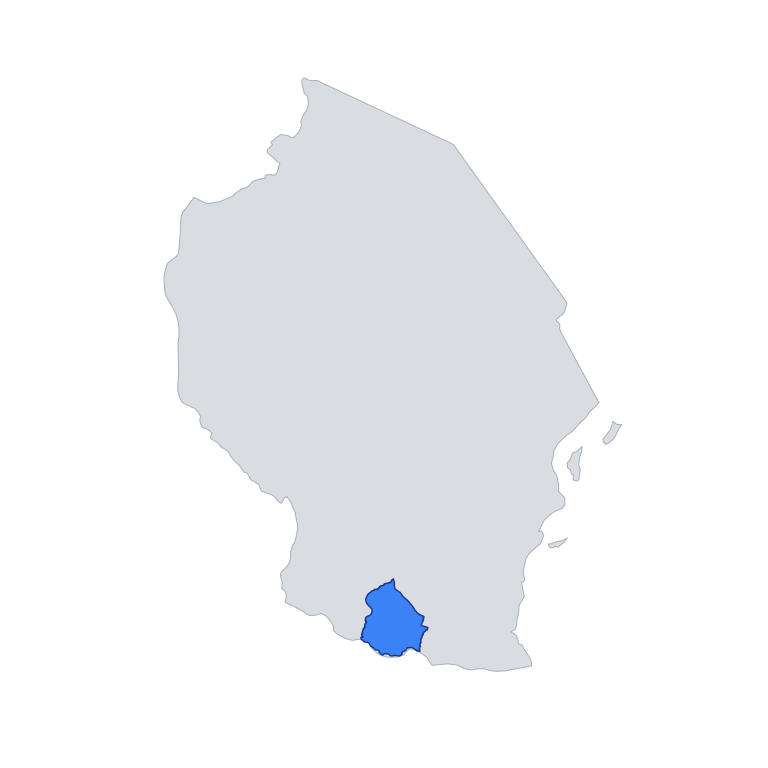 Tunduru, Ruvuma, United Republic of Tanzania (highlighted), rotated 26°
{"feature_id": "72390352B58168894275482", "entity_name": "Tunduru", "entity_type": "district", "adm_level": 2, "iso_a3": "TZA", "parent_name": "United Republic of Tanzania", "parent_adm1": "Ruvuma", "projection": "albers", "projection_center": [37.262, -10.895], "detail": "fine", "context": "in_parent", "style": "filled", "palette": "blue", "viewbox_px": 768, "rotation_deg": 26, "n_neighbors": 0, "source": "geoboundaries", "source_scale": "gbopen_adm2", "svg_char_len": 9319}
<svg xmlns="http://www.w3.org/2000/svg" viewBox="0 0 768 768"><g transform="rotate(26 384 384)"><path d="M297.1,524.6L289.6,520.7L282.8,518.5L277.2,515.9L274.7,513.3L269.5,512.4L265.0,512.1L260.8,509.7L252.3,509.0L251.3,507.4L251.1,503.8L249.6,502.9L246.5,502.1L243.1,502.2L241.1,502.7L239.9,502.5L237.1,500.5L234.5,497.8L233.4,493.6L229.4,490.9L224.9,488.9L212.4,489.3L210.4,488.7L207.4,486.6L203.8,483.1L200.9,479.1L198.4,473.7L195.6,466.3L180.6,436.9L179.0,431.4L176.1,425.2L171.3,417.7L166.2,412.1L159.5,407.1L151.9,402.2L147.7,398.9L139.6,385.1L137.8,378.6L136.5,371.9L136.9,369.2L141.5,360.3L141.9,357.9L141.3,354.6L138.7,347.7L135.4,339.4L128.9,324.2L127.9,320.4L127.9,317.5L131.1,301.8L131.0,299.6L145.6,299.6L156.1,292.5L165.1,282.1L166.8,277.8L170.5,271.2L174.1,267.9L175.5,265.6L177.4,259.1L182.2,254.6L186.9,251.1L185.8,248.7L186.5,247.8L189.1,246.0L194.1,244.3L195.0,240.9L194.9,237.1L194.0,234.9L194.1,232.5L193.3,231.1L190.0,230.8L185.1,229.0L180.9,228.3L178.1,227.2L177.1,226.4L176.6,224.1L178.8,218.1L176.4,215.8L181.3,205.8L182.2,204.6L184.1,204.4L187.0,203.3L189.7,202.8L191.9,203.1L193.5,202.7L195.0,201.5L196.1,198.2L197.0,192.6L196.4,188.0L194.2,184.6L193.5,179.3L194.3,172.1L193.5,166.2L191.0,161.5L188.5,158.7L184.8,157.5L178.9,150.3L177.0,146.9L177.3,144.7L179.3,143.7L183.0,143.9L186.4,143.0L189.6,141.0L192.7,140.3L194.4,140.6L341.2,138.3L512.6,230.6L513.3,231.8L514.6,239.8L514.3,242.6L511.7,247.2L510.9,249.6L510.9,251.3L511.5,252.0L513.8,252.2L515.7,253.3L516.4,254.2L517.8,257.7L519.7,259.4L584.0,305.7L585.5,306.4L584.5,310.2L580.8,319.6L580.6,323.5L579.2,328.1L577.8,331.1L574.0,344.2L570.9,349.2L566.6,360.7L565.9,369.6L568.2,375.8L569.0,381.6L573.9,387.3L577.8,389.4L580.5,392.0L585.2,398.0L587.9,404.0L596.3,407.0L599.7,413.7L598.4,418.3L594.4,422.1L590.7,428.2L587.7,436.3L587.5,448.8L589.6,446.9L594.0,450.0L594.5,459.1L589.8,469.8L588.4,474.7L588.1,479.0L591.4,491.8L596.4,498.4L596.0,500.4L594.7,502.1L603.3,513.7L602.5,523.7L605.6,531.5L607.0,538.3L609.1,543.5L609.5,547.0L606.8,551.0L613.1,552.0L616.7,555.3L618.5,558.4L623.0,558.3L625.5,560.5L629.0,562.3L636.8,567.5L638.9,570.2L640.1,572.7L618.4,588.9L610.6,593.1L605.0,595.0L599.1,596.0L593.4,598.6L588.1,602.6L581.3,604.6L572.9,604.6L564.2,607.4L550.5,615.8L542.5,611.1L536.2,609.6L529.0,609.7L524.6,610.3L523.0,611.3L521.7,614.2L520.5,618.9L515.7,623.5L507.5,627.8L499.8,629.4L492.9,628.3L488.1,626.5L485.7,624.0L482.0,622.8L477.2,623.0L472.6,624.8L468.2,628.2L461.2,629.7L451.6,629.3L446.4,627.7L445.7,624.9L441.5,621.5L433.7,617.8L428.0,617.7L424.4,621.4L421.1,623.7L418.1,624.7L415.4,624.8L411.5,623.8L400.8,623.5L390.7,623.7L389.7,618.4L387.5,615.2L385.7,613.3L382.2,612.9L381.2,611.4L380.1,608.1L378.3,605.3L376.0,603.0L374.6,600.9L374.1,598.9L374.5,596.7L376.6,591.3L377.2,587.6L376.9,583.8L375.7,579.9L373.3,575.3L373.6,573.9L372.7,570.8L372.6,568.6L373.1,565.8L372.6,562.2L370.4,554.4L370.4,552.4L368.2,548.7L361.4,539.9L361.0,538.8L350.4,529.9L346.1,528.0L344.6,529.7L344.1,531.3L344.5,534.1L344.3,535.5L343.8,536.2L341.3,536.1L339.8,535.8L335.7,533.5L332.6,532.9L324.9,533.4L322.2,534.0L320.0,533.5L315.9,529.5L311.0,528.7L306.7,528.5L299.5,524.0L297.1,524.6ZM597.7,374.6L601.1,384.4L600.7,386.2L598.2,387.3L596.9,387.4L595.3,385.8L594.3,382.5L592.4,383.3L589.2,379.3L586.0,379.1L583.2,374.4L584.4,370.3L583.8,363.3L587.2,359.7L589.2,353.7L591.4,357.8L591.9,364.2L594.8,371.8L597.7,374.6ZM615.2,316.4L615.4,318.7L614.7,320.9L614.8,327.8L614.5,332.4L611.8,338.8L609.6,341.1L607.7,340.4L606.1,339.3L604.9,337.6L607.5,325.9L606.3,317.3L611.2,318.2L615.2,316.4ZM606.9,457.7L604.4,458.2L603.5,457.6L602.0,455.7L604.6,454.1L607.2,450.9L613.2,446.3L616.0,442.6L615.5,446.2L612.1,454.2L609.2,454.7L606.9,457.7Z" fill="#d9dde1" stroke="#a8b0b8" stroke-width="1"/><path d="M478.0,555.3L478.0,555.6L477.8,555.8L477.4,555.9L477.4,556.6L477.0,556.8L476.9,556.9L476.9,557.2L477.1,557.4L477.2,557.6L477.2,557.8L476.9,557.9L476.9,558.1L477.2,558.6L477.0,558.9L477.0,559.2L476.9,559.7L476.6,559.7L476.4,559.5L476.0,559.9L476.0,560.4L475.6,560.8L475.4,560.8L475.2,560.9L475.0,561.2L473.8,561.9L473.2,562.6L472.9,562.6L472.4,563.0L472.4,563.5L472.0,563.7L472.0,563.9L471.9,564.2L472.0,564.4L471.9,564.6L472.1,564.9L472.0,565.2L471.7,565.5L471.4,565.5L471.1,565.6L470.9,565.9L470.6,566.1L470.4,566.5L470.0,566.5L469.8,566.6L469.5,567.2L469.3,567.4L469.2,567.7L469.0,567.9L469.1,568.1L469.3,568.2L469.2,568.4L469.0,568.5L468.9,568.9L469.1,569.0L469.1,569.9L468.5,570.0L468.3,570.5L468.4,570.9L468.3,571.0L468.1,570.8L467.8,570.9L467.8,571.0L467.9,571.3L467.4,571.7L467.3,572.1L466.9,572.2L466.7,572.2L466.6,572.3L466.1,572.4L465.7,572.6L465.7,573.1L465.4,573.1L465.3,573.5L465.2,573.9L465.3,574.1L465.2,574.5L464.3,574.8L463.4,576.0L463.4,576.6L463.4,576.8L462.8,577.6L462.6,578.2L462.0,579.5L461.7,580.3L461.8,581.4L461.7,582.2L461.8,583.0L461.9,583.4L461.9,583.7L461.8,583.9L461.7,584.5L461.8,584.9L461.8,585.1L462.0,585.5L462.4,586.2L464.2,588.4L465.7,589.3L466.8,589.6L467.7,590.1L469.5,590.7L469.9,590.8L470.6,591.1L471.3,591.6L471.7,591.7L472.0,591.9L472.3,592.3L472.9,593.4L473.1,594.2L473.3,596.9L472.9,597.7L471.6,599.3L470.8,600.2L470.4,600.9L470.1,601.4L470.1,601.9L470.2,602.0L470.1,602.8L470.4,603.1L470.3,603.3L470.4,603.7L470.6,603.8L470.8,604.0L470.7,604.2L471.1,604.6L471.1,604.9L471.3,605.0L471.5,605.3L471.7,605.1L472.0,605.7L472.4,605.6L472.4,606.1L472.5,606.1L472.3,606.9L472.6,607.2L472.7,607.3L472.5,607.9L472.3,608.1L472.6,608.3L472.6,608.5L472.4,608.7L472.5,608.9L472.4,609.3L472.5,609.5L472.8,609.7L472.8,609.8L472.8,610.0L473.1,610.6L473.1,611.0L473.0,611.4L473.0,611.5L473.4,611.5L473.2,611.7L473.3,611.8L473.2,612.0L473.3,612.6L473.2,612.6L473.2,612.8L473.1,613.0L473.1,613.3L472.9,613.3L472.6,613.4L472.6,613.5L473.0,613.7L473.0,613.8L473.0,614.0L473.1,614.4L473.2,614.5L473.0,615.2L473.2,615.5L473.2,615.8L473.4,616.3L473.3,616.5L473.3,616.9L473.5,617.1L474.0,617.3L473.8,617.7L474.0,618.0L473.6,618.5L473.6,618.9L474.0,619.2L474.2,619.4L474.4,619.6L474.5,620.1L475.8,620.4L475.9,620.7L475.7,621.1L475.5,621.4L474.5,621.9L475.0,622.3L475.0,622.7L475.2,623.0L475.4,623.3L475.9,623.5L476.2,623.5L476.9,623.8L477.1,623.9L477.9,623.7L478.4,624.0L478.7,624.3L479.5,624.5L479.7,624.4L479.8,624.2L480.9,624.0L481.4,623.8L481.9,623.4L482.2,623.3L483.0,623.6L483.8,623.4L484.3,623.7L485.1,624.1L485.7,624.5L486.1,624.8L486.5,625.3L487.1,625.5L488.1,625.4L488.3,625.6L489.1,625.8L489.7,625.7L490.0,625.7L491.9,626.4L492.9,626.6L493.3,626.6L494.8,625.8L495.3,625.8L495.7,625.8L496.5,626.1L497.3,626.9L497.3,627.2L497.6,627.2L497.9,627.6L498.2,627.7L499.2,627.8L499.5,627.9L500.0,628.2L500.3,628.3L501.7,628.1L501.9,628.0L502.1,627.3L502.4,626.5L502.8,626.2L503.1,625.9L503.3,625.8L504.5,625.4L504.9,625.4L505.4,624.9L505.6,624.8L506.2,624.9L507.0,624.7L507.8,625.1L509.3,625.3L509.9,625.1L511.1,624.5L512.7,623.1L513.3,623.0L514.0,622.6L514.7,622.6L515.4,622.2L515.9,622.1L516.4,622.0L516.8,621.9L517.1,621.6L517.5,621.2L518.1,620.3L518.5,619.5L518.6,619.1L518.6,618.8L518.5,618.6L518.0,618.3L517.9,617.8L518.3,617.1L518.3,616.5L518.5,616.1L518.7,615.8L519.2,615.6L519.5,615.3L519.8,614.5L519.8,614.0L520.4,613.5L520.5,611.2L520.5,610.8L520.7,610.7L521.5,610.6L521.8,610.3L522.1,609.9L522.5,609.6L523.6,609.1L524.3,608.6L525.0,608.5L525.7,608.5L526.4,608.8L526.8,608.9L527.5,608.7L528.1,608.7L529.0,609.1L529.3,609.0L530.2,609.0L530.6,609.2L530.9,609.3L531.6,609.1L532.7,608.6L533.3,608.5L532.9,607.7L532.4,607.6L532.1,607.0L532.3,606.8L532.3,606.6L531.8,606.1L531.7,605.8L531.7,605.4L531.4,605.1L531.6,604.9L531.6,604.6L531.5,604.4L531.4,604.2L531.7,604.0L531.7,603.7L530.5,602.9L530.4,602.5L530.5,602.1L530.4,601.7L530.5,601.5L530.4,601.2L530.6,600.4L530.4,600.3L530.2,600.3L530.1,600.1L530.0,599.6L530.1,599.3L530.0,599.0L529.6,598.5L529.3,598.1L529.3,597.8L529.2,597.7L529.0,597.4L529.2,597.2L529.2,596.8L529.0,596.7L528.9,596.4L528.9,596.2L529.1,595.8L529.1,595.5L529.2,595.4L529.1,594.9L529.2,594.5L529.0,594.1L528.8,594.2L528.6,593.9L528.7,593.6L528.6,593.1L528.8,592.9L528.7,592.5L529.0,592.4L529.1,592.0L528.8,591.6L528.9,591.3L528.7,591.0L528.7,590.7L528.3,590.3L528.3,589.9L528.8,589.6L528.8,589.2L529.1,588.9L529.3,588.5L529.4,588.3L529.5,588.0L529.5,587.8L529.6,587.7L529.5,587.4L529.7,587.0L529.7,586.8L529.8,586.6L530.2,586.4L530.3,586.1L530.5,586.0L530.4,585.9L530.5,584.9L530.4,584.1L530.2,583.8L529.9,583.7L528.1,584.0L527.4,584.0L526.8,584.2L526.5,584.4L526.0,584.4L524.0,584.5L523.1,584.4L523.0,584.1L522.9,582.1L523.1,581.3L522.8,580.4L523.0,579.4L522.9,579.4L522.8,579.2L522.6,579.2L522.7,578.6L522.6,578.2L522.4,577.9L522.3,577.6L522.1,577.4L522.2,577.2L521.8,577.0L522.0,576.7L522.0,576.3L522.1,576.1L522.1,575.9L521.8,575.7L520.9,575.5L520.5,575.6L520.2,575.5L519.8,575.5L519.3,575.7L518.6,575.7L518.2,575.7L517.8,575.5L517.7,575.5L517.3,575.7L516.7,575.5L514.9,575.2L514.0,575.0L513.5,574.8L512.2,574.2L510.8,573.9L510.5,573.6L509.7,572.6L509.4,572.5L508.8,572.3L508.4,572.0L508.2,572.0L508.0,571.9L507.9,571.8L507.7,571.5L506.9,571.3L505.8,570.7L503.9,569.9L502.1,569.0L500.0,568.3L499.4,568.0L498.1,567.8L497.2,567.5L496.4,567.2L495.9,567.2L493.6,566.4L492.5,565.8L490.8,564.7L489.7,564.3L489.1,564.2L488.4,564.2L486.6,563.9L484.5,563.5L483.7,563.1L483.0,562.6L482.2,561.7L481.2,559.5L480.6,558.4L478.4,555.6L478.0,555.3Z" fill="#3b82f6" stroke="#1e3a8a" stroke-width="1.5"/></g></svg>